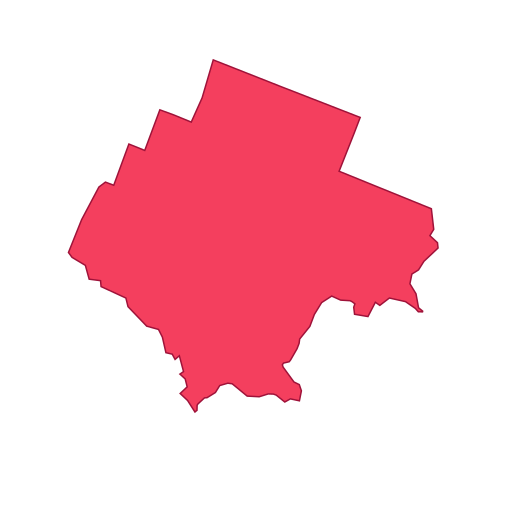 Levy, Florida, United States of America (Equal Earth projection), rotated 292°
{"feature_id": "52423323B45505395463487", "entity_name": "Levy", "entity_type": "district", "adm_level": 2, "iso_a3": "USA", "parent_name": "United States of America", "parent_adm1": "Florida", "projection": "equal_earth", "projection_center": [-82.881, 29.292], "detail": "fine", "context": "isolated", "style": "filled", "palette": "rose", "viewbox_px": 512, "rotation_deg": 292, "n_neighbors": 0, "source": "geoboundaries", "source_scale": "gbopen_adm2", "svg_char_len": 1310}
<svg xmlns="http://www.w3.org/2000/svg" viewBox="0 0 512 512"><g transform="rotate(292 256 256)"><path d="M88.5,257.8L90.8,259.1L95.6,257.3L97.1,257.6L105.2,261.4L106.3,263.7L114.2,269.5L122.3,270.9L127.5,277.5L128.6,281.8L122.8,300.3L126.7,311.7L132.7,319.0L134.5,323.9L134.6,326.9L131.4,337.4L136.4,341.4L138.0,350.5L148.0,348.6L153.0,344.3L153.4,338.4L163.1,322.8L165.0,321.2L167.0,321.6L170.4,326.4L172.5,327.0L185.4,328.8L191.1,328.7L195.4,327.6L210.9,332.3L223.7,332.0L237.4,334.3L247.2,341.2L246.8,351.0L249.8,360.0L249.6,362.3L248.7,365.6L245.1,365.8L238.9,369.2L241.8,382.5L257.8,384.0L256.6,389.3L267.0,395.4L269.7,411.7L267.1,423.3L265.1,427.4L266.6,431.3L267.3,431.2L268.9,426.1L280.9,418.5L287.9,409.1L297.7,407.3L304.0,411.9L314.0,413.7L331.6,421.8L336.3,419.3L340.0,409.6L347.3,410.8L365.5,400.9L365.7,301.3L407.4,301.0L423.5,300.7L422.4,215.5L421.8,142.9L382.4,146.8L355.9,145.8L356.0,127.1L355.5,112.1L312.2,113.3L312.2,96.2L268.3,97.6L268.1,88.7L261.1,84.5L224.4,80.7L189.0,80.8L185.8,86.0L183.4,101.3L172.0,110.0L174.9,121.1L169.6,123.8L168.3,151.1L161.1,156.3L150.0,181.0L151.4,193.1L145.7,199.6L132.6,208.7L133.6,215.1L129.8,219.7L134.8,222.3L121.7,232.1L118.0,229.7L115.5,236.4L108.9,241.2L100.1,237.2L96.4,246.7L88.5,257.8Z" fill="#f43f5e" stroke="#9f1239" stroke-width="1.5"/></g></svg>